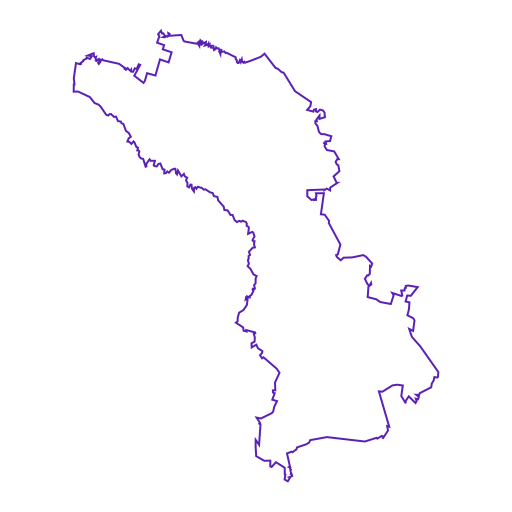 the district of Ocozocoautla de Espinosa, Chiapas, Mexico
{"feature_id": "50627088B54254401995416", "entity_name": "Ocozocoautla de Espinosa", "entity_type": "district", "adm_level": 2, "iso_a3": "MEX", "parent_name": "Mexico", "parent_adm1": "Chiapas", "projection": "robinson", "projection_center": [-93.582, 16.795], "detail": "fine", "context": "isolated", "style": "outline", "palette": "violet", "viewbox_px": 512, "rotation_deg": 0, "n_neighbors": 0, "source": "geoboundaries", "source_scale": "gbopen_adm2", "svg_char_len": 5941}
<svg xmlns="http://www.w3.org/2000/svg" viewBox="0 0 512 512"><path d="M408.2,285.5L405.7,286.0L405.9,287.8L404.9,288.1L404.5,290.5L401.2,290.5L402.3,295.5L401.5,296.0L392.2,292.9L393.6,295.4L390.8,304.0L380.1,302.0L376.4,299.3L367.7,297.1L368.4,286.8L371.3,284.4L371.0,282.9L369.7,285.3L367.6,284.4L364.9,278.7L367.2,275.3L368.0,275.6L369.8,273.9L370.0,265.9L371.1,266.6L372.2,263.6L366.1,256.8L363.3,255.1L352.2,257.4L343.6,257.7L340.7,260.3L336.8,256.9L336.1,255.1L337.8,254.4L340.4,244.6L328.8,223.0L329.1,220.9L324.7,214.7L320.9,214.3L323.9,193.2L315.9,193.3L316.5,196.0L315.9,196.7L316.0,199.9L314.4,200.0L314.6,199.2L311.5,200.0L307.3,196.3L307.3,190.2L324.7,189.5L324.6,190.0L326.8,188.6L330.1,190.4L330.2,187.6L337.3,182.9L336.7,182.9L333.6,176.4L339.4,171.2L338.3,165.3L336.8,164.4L335.6,161.9L337.2,159.2L338.8,159.2L334.2,151.4L326.9,150.0L324.6,146.5L324.8,144.6L325.7,144.2L324.6,143.5L325.4,143.1L324.9,142.6L325.9,142.5L325.7,141.4L330.0,141.1L331.3,136.2L324.1,134.1L321.4,134.2L319.8,132.9L318.9,131.7L317.5,126.0L315.4,123.4L315.3,121.2L316.9,121.2L316.4,119.6L319.5,115.5L319.5,118.9L324.9,117.2L324.5,112.5L323.0,110.5L320.0,109.6L317.5,112.0L315.9,111.4L316.0,109.2L313.9,109.7L313.3,111.6L307.2,109.9L310.4,106.1L311.1,102.1L295.0,91.2L283.6,72.6L281.8,72.3L278.0,68.9L275.6,68.0L264.5,53.7L260.8,56.8L250.9,60.7L245.0,62.7L244.4,61.8L243.4,62.7L242.1,61.2L241.8,59.4L240.8,62.2L239.9,60.2L238.6,63.0L237.8,63.0L236.9,62.1L236.7,59.9L235.7,59.2L235.7,57.3L226.7,52.8L225.7,53.1L224.2,51.4L220.6,52.1L220.4,54.2L219.3,51.7L220.9,51.0L221.3,49.9L220.5,49.7L219.6,50.7L218.6,48.3L217.0,48.4L216.1,47.4L215.5,49.1L214.0,50.0L213.6,47.1L213.0,47.8L210.9,47.6L210.5,46.7L211.6,45.8L209.4,45.8L209.6,44.1L208.8,44.5L209.2,45.8L208.6,46.3L208.4,43.8L207.9,44.8L205.0,45.5L206.0,43.9L204.6,43.3L205.8,42.9L205.9,42.0L203.7,43.2L202.2,41.4L201.8,42.5L200.9,41.4L201.0,42.3L200.3,42.6L201.1,42.9L200.2,43.1L203.1,43.6L201.2,43.9L202.2,45.0L199.4,44.0L199.3,45.9L198.2,44.1L199.1,41.5L196.5,43.7L184.7,41.5L183.6,40.8L181.3,35.0L169.4,35.8L169.6,33.8L168.3,33.1L168.7,35.4L167.6,36.6L166.8,36.0L164.9,37.3L163.2,37.1L165.2,36.1L163.2,33.3L162.0,33.5L161.0,30.7L158.1,34.2L159.4,36.1L157.1,42.7L164.1,45.1L162.8,49.3L171.6,52.3L168.6,62.4L160.0,59.4L155.4,75.5L147.1,73.2L144.9,80.8L143.5,82.9L134.3,75.7L140.2,64.9L138.7,64.3L136.7,69.0L134.8,68.3L133.1,71.8L131.1,71.5L131.1,69.8L130.4,70.8L127.6,68.1L126.0,69.8L124.6,68.8L125.1,68.1L119.0,63.8L103.3,60.3L102.3,59.3L100.9,60.4L100.4,59.9L100.5,61.3L99.7,61.5L100.1,62.2L98.8,63.9L97.7,62.0L98.7,63.2L99.6,60.9L98.3,59.2L97.6,59.7L97.9,60.8L97.6,60.2L96.6,61.0L96.2,60.8L96.9,60.4L95.5,58.7L96.0,57.0L95.1,57.5L94.0,56.2L93.6,53.2L87.9,55.5L91.9,56.2L90.0,59.0L86.6,57.6L86.5,58.5L83.2,60.3L83.2,61.2L80.6,63.0L81.0,63.9L80.3,64.3L76.0,63.1L73.8,78.3L74.5,84.4L73.8,84.4L73.7,91.7L77.9,91.5L89.9,97.1L94.5,103.0L98.7,104.7L100.9,107.0L106.2,114.8L108.3,115.5L109.6,114.1L110.9,114.0L114.0,116.9L116.0,116.6L118.0,121.1L120.9,121.6L121.5,123.2L123.4,124.0L125.9,130.8L128.9,133.1L130.8,136.8L128.7,138.3L127.4,141.5L129.4,141.9L131.4,143.9L133.5,141.4L134.4,142.3L136.3,146.8L138.0,147.7L137.3,150.4L138.7,150.5L139.3,151.4L138.6,154.5L139.4,156.7L140.9,158.4L143.2,158.9L145.6,166.7L146.4,166.4L146.3,163.9L149.6,159.3L150.7,160.8L154.9,160.8L153.7,165.3L154.6,166.1L156.8,166.4L158.4,164.0L160.3,163.5L162.7,169.3L164.5,169.6L164.2,173.4L165.8,173.2L167.3,171.4L169.0,172.7L171.3,169.9L174.8,168.6L175.4,168.9L176.0,173.3L177.0,174.4L178.0,170.5L181.4,176.3L183.9,173.9L184.8,176.3L187.2,177.8L186.0,180.3L187.5,183.0L187.3,186.3L189.0,187.4L190.4,184.6L191.5,184.7L192.0,188.8L193.9,191.4L194.1,187.9L195.2,187.2L196.4,188.7L197.7,186.8L202.0,188.0L203.8,189.7L205.5,189.3L209.8,192.2L212.7,193.1L213.9,196.1L217.4,196.9L218.2,200.4L223.7,206.6L224.4,210.0L227.7,210.4L230.4,214.9L232.6,215.0L234.6,220.1L236.9,222.1L239.4,220.8L241.2,221.7L242.5,220.7L246.0,222.1L246.8,223.6L246.6,225.8L248.5,226.8L248.9,227.9L248.1,233.8L252.2,231.9L253.2,232.5L254.5,236.4L252.5,240.2L253.3,241.2L254.5,241.2L254.0,244.5L254.9,247.4L252.6,247.8L248.9,251.8L250.1,254.9L248.6,256.0L248.7,258.5L247.9,260.2L248.9,263.8L247.6,266.1L250.4,268.9L253.6,274.5L256.6,276.0L255.6,278.7L255.6,283.2L254.1,285.1L254.9,288.6L254.3,289.2L252.8,288.8L252.6,289.6L253.4,291.0L251.4,295.0L249.9,295.8L249.8,297.4L247.1,296.4L247.1,297.1L246.1,297.1L245.7,299.5L247.7,298.1L246.9,304.9L243.4,310.1L239.1,312.7L237.7,317.7L237.6,321.3L235.9,322.7L243.1,327.4L243.6,330.7L246.5,331.5L246.3,330.1L255.0,332.4L255.3,333.1L253.8,333.8L254.8,337.3L254.6,341.6L251.5,343.3L251.7,347.4L256.3,344.7L257.9,348.2L262.4,351.1L262.1,352.9L260.0,355.2L262.1,358.3L263.5,357.3L276.7,368.7L279.5,372.8L275.0,382.5L275.3,390.3L272.9,390.3L273.0,392.5L274.7,393.2L272.3,399.7L277.0,401.1L274.2,406.9L273.2,411.5L271.8,413.1L260.9,418.5L256.6,417.6L260.0,422.9L259.3,423.7L260.5,424.3L259.1,444.8L255.7,439.9L255.6,446.6L256.2,456.2L264.3,460.8L270.3,460.6L270.3,466.4L271.6,467.0L275.9,462.2L284.7,467.7L284.8,474.5L285.4,474.7L284.6,479.5L287.8,481.3L290.2,477.3L289.5,477.1L292.2,476.0L291.7,474.3L290.8,474.0L291.2,473.1L290.4,470.9L290.9,469.6L290.0,468.9L290.3,467.6L288.9,467.0L289.9,466.3L287.0,453.4L291.6,451.7L292.5,452.2L296.5,449.3L297.0,447.4L306.2,444.3L309.1,442.6L310.3,440.1L326.9,437.1L364.8,441.5L376.6,437.8L377.3,438.6L381.8,435.9L383.0,436.5L382.7,438.7L388.0,430.5L387.2,426.1L389.2,426.7L378.9,391.4L382.4,391.7L392.5,385.4L397.3,384.7L402.8,385.5L401.3,396.0L405.7,403.3L405.6,401.0L408.8,396.4L415.5,403.0L416.6,401.0L415.8,398.7L418.0,399.3L418.9,396.9L416.3,394.8L419.2,394.9L419.7,393.2L431.2,387.3L431.8,383.5L433.6,380.6L434.4,377.1L437.3,377.5L438.0,376.9L438.3,372.0L420.3,346.4L411.9,336.9L409.2,328.9L413.1,330.9L414.5,320.4L413.2,318.2L407.4,315.3L409.0,309.0L409.4,302.3L405.6,301.5L407.2,295.5L410.8,295.8L417.7,287.1L408.2,285.5Z" fill="none" stroke="#5b21b6" stroke-width="2"/></svg>